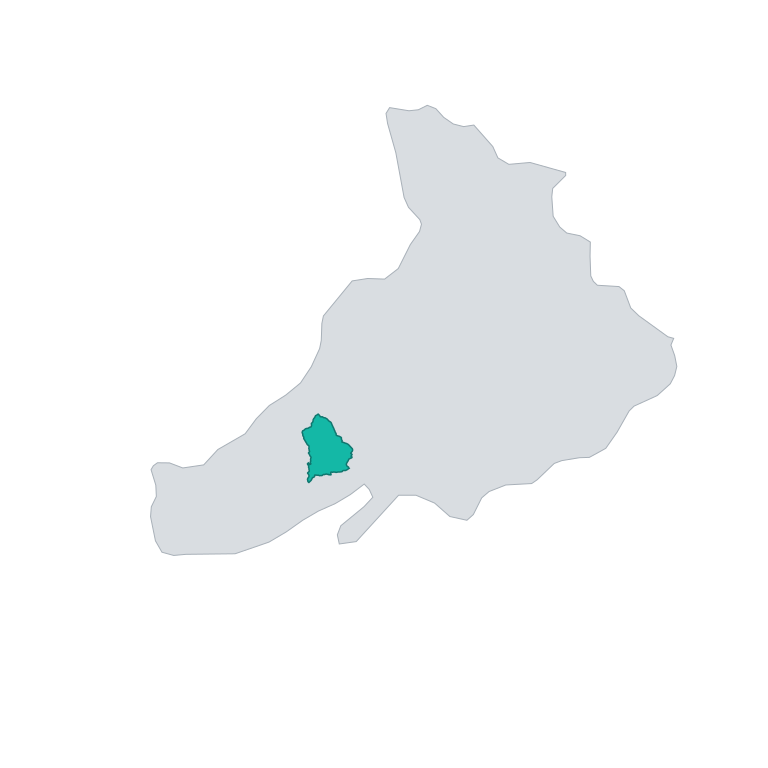 Bayaguana, Monte Plata, Dominican Republic (highlighted), rotated 137°
{"feature_id": "3306468B72895662483472", "entity_name": "Bayaguana", "entity_type": "district", "adm_level": 2, "iso_a3": "DOM", "parent_name": "Dominican Republic", "parent_adm1": "Monte Plata", "projection": "robinson", "projection_center": [-69.577, 18.816], "detail": "fine", "context": "in_parent", "style": "filled", "palette": "teal", "viewbox_px": 768, "rotation_deg": 137, "n_neighbors": 0, "source": "geoboundaries", "source_scale": "gbopen_adm2", "svg_char_len": 7073}
<svg xmlns="http://www.w3.org/2000/svg" viewBox="0 0 768 768"><g transform="rotate(137 384 384)"><path d="M141.7,512.1L142.5,483.4L146.5,471.7L142.9,459.5L126.1,446.4L115.9,429.6L106.9,414.8L108.9,412.6L127.2,412.0L133.6,406.5L145.9,391.3L148.4,379.0L147.4,369.8L139.5,358.7L136.3,347.1L146.2,336.9L159.1,322.0L160.9,316.3L160.6,310.7L145.7,295.0L144.7,288.3L151.7,271.3L151.1,260.1L144.2,225.0L141.0,219.8L147.6,216.8L152.1,206.4L157.9,197.1L165.7,192.0L174.5,188.9L192.0,189.2L216.2,197.3L223.1,197.1L246.4,189.8L265.7,185.7L283.9,190.3L291.2,196.7L306.2,206.7L313.7,209.8L337.4,209.5L343.9,210.5L363.8,227.1L380.5,233.7L390.2,234.1L407.7,227.6L416.3,227.8L426.2,242.1L428.2,262.4L436.5,280.9L449.2,292.7L511.8,287.7L525.8,297.5L521.0,305.5L512.2,309.8L482.4,307.9L469.4,308.8L466.7,316.9L466.7,324.3L484.1,326.1L501.2,329.8L518.6,335.8L536.4,339.8L556.3,342.5L575.9,346.8L608.7,361.4L645.0,394.5L654.7,402.0L661.1,412.4L658.1,425.2L645.2,446.2L637.9,452.9L627.2,457.0L619.9,465.6L612.8,480.2L608.5,481.5L603.4,480.9L594.7,472.6L588.4,459.8L571.0,447.8L550.2,449.4L519.5,442.3L501.0,445.7L482.5,446.5L463.5,442.9L444.4,441.7L425.4,446.2L406.9,453.8L400.1,458.7L388.2,470.6L381.9,475.1L337.0,481.1L324.0,472.3L312.0,460.3L294.8,458.7L269.7,468.0L254.0,471.3L247.6,475.3L245.7,479.8L245.6,496.5L242.1,506.7L217.6,545.1L203.7,572.1L198.0,580.5L191.4,582.3L179.4,566.8L171.8,561.1L162.3,558.3L158.3,550.0L158.5,538.3L156.0,526.9L150.2,517.9L141.7,512.1Z" fill="#d9dde1" stroke="#a8b0b8" stroke-width="1"/><path d="M489.3,358.3L488.9,358.2L488.7,358.1L487.9,357.7L487.6,357.5L487.4,357.3L487.2,356.8L487.1,356.6L486.9,356.4L486.5,356.1L486.4,355.9L486.3,355.4L486.2,355.1L486.0,354.9L485.5,354.7L485.4,354.5L485.2,354.3L485.0,353.9L484.9,353.8L484.6,353.8L484.4,354.0L484.2,354.3L484.0,354.7L483.9,354.9L483.7,355.2L483.5,355.5L483.3,355.6L483.1,355.7L482.9,355.7L482.6,355.5L482.4,355.3L482.1,354.9L481.9,354.6L481.7,354.4L481.0,354.1L480.9,354.0L480.7,353.9L480.4,353.4L480.0,353.1L479.8,352.9L479.7,352.7L479.5,352.2L479.3,352.0L479.0,351.8L477.8,351.1L477.5,350.9L476.9,350.3L476.6,350.0L476.4,349.9L476.0,349.6L475.4,349.1L475.1,348.9L474.5,348.6L474.3,348.5L474.1,348.5L473.8,348.7L473.6,348.7L473.4,348.7L473.2,348.6L472.4,348.2L472.1,347.9L471.4,347.2L471.1,347.0L470.9,346.9L470.7,346.8L469.9,346.7L469.7,346.6L469.3,346.4L469.0,346.4L468.7,346.3L467.6,346.3L467.4,346.2L467.0,346.1L467.0,346.6L466.7,347.2L466.7,347.5L466.7,347.8L466.9,348.3L467.0,348.5L467.0,349.0L467.0,349.5L466.9,349.8L466.5,350.7L466.4,350.8L466.2,351.1L465.2,351.6L464.4,351.8L463.8,352.1L463.5,352.1L462.9,352.2L462.6,352.3L461.3,352.9L461.1,353.0L460.8,353.0L460.2,352.8L460.0,352.7L459.3,352.6L459.1,352.5L458.9,352.5L458.5,352.2L458.2,352.1L457.8,352.1L457.6,352.1L457.3,352.3L457.2,352.5L457.3,352.6L457.4,353.0L457.5,353.2L457.5,353.4L457.4,353.5L457.2,353.7L456.7,353.9L456.4,354.0L455.7,354.1L455.4,354.3L455.4,354.5L455.4,354.8L455.4,355.0L455.6,355.4L455.7,355.6L455.7,355.8L455.6,356.0L455.3,356.1L454.8,356.1L454.5,356.2L454.0,356.4L453.8,356.4L453.0,356.5L452.7,356.6L452.4,356.8L452.1,357.0L451.7,357.5L451.5,357.8L451.4,358.0L451.3,358.4L451.3,358.8L451.3,363.4L451.3,363.8L451.4,364.2L451.4,364.4L451.6,364.9L451.8,365.6L451.9,365.9L452.0,366.1L452.4,366.7L452.6,366.9L452.7,367.3L453.0,367.8L453.2,368.4L453.5,368.8L453.7,369.3L454.2,370.0L454.3,370.3L454.2,370.4L454.1,370.5L453.5,370.9L453.4,371.0L453.2,371.2L453.2,371.4L453.0,372.1L452.9,372.4L452.6,372.9L452.5,373.1L452.4,373.1L452.1,373.4L451.9,373.6L451.8,373.8L451.8,374.0L451.8,374.4L451.8,374.6L452.1,375.2L452.2,375.9L452.3,376.1L452.5,376.4L452.9,377.1L453.1,377.3L453.2,377.6L453.5,378.1L453.8,378.9L453.8,379.1L453.7,379.3L453.6,379.5L453.0,380.2L452.9,380.4L452.8,380.6L452.7,381.0L452.6,381.7L452.5,382.0L452.3,382.6L452.1,383.0L451.8,383.6L451.7,384.3L451.6,384.5L451.4,385.0L451.2,385.4L450.9,386.0L450.8,386.8L450.7,387.0L450.5,387.5L450.3,388.3L450.0,388.9L449.8,389.8L449.1,391.4L449.1,391.7L449.0,392.1L449.0,392.6L449.1,393.0L449.2,393.4L449.4,393.8L449.4,394.1L449.5,394.3L449.5,394.9L449.5,396.8L449.5,397.5L449.6,397.8L449.8,398.3L450.0,399.1L450.1,399.3L450.2,399.5L450.9,400.3L451.1,400.6L451.2,401.0L451.3,401.7L451.4,401.9L451.4,402.0L451.6,402.2L452.0,402.5L452.4,402.9L452.7,403.3L452.9,403.5L452.9,403.8L452.7,404.3L452.6,404.9L452.6,406.0L452.7,406.9L453.1,407.0L453.3,407.0L454.3,407.1L454.6,407.2L454.8,407.2L455.3,407.4L455.6,407.5L455.8,407.5L456.4,407.2L457.0,407.0L457.5,406.8L457.7,406.7L458.1,406.7L459.0,406.6L459.3,406.5L460.3,406.1L460.5,405.9L461.1,405.3L462.1,404.8L462.3,404.7L462.6,404.7L463.7,404.7L463.9,404.7L464.1,404.6L464.3,404.4L464.9,403.5L465.0,403.3L465.7,402.8L466.3,402.5L466.5,402.5L466.8,402.5L467.5,402.8L467.9,403.1L468.1,403.2L468.4,403.2L469.4,403.3L469.7,403.4L470.0,403.6L470.5,404.0L471.5,404.6L471.9,404.7L472.2,404.8L473.8,404.8L474.3,404.8L474.7,404.9L475.4,405.2L475.7,405.1L476.5,404.7L477.0,404.3L477.1,404.1L477.2,403.9L477.3,403.5L477.4,403.1L477.5,402.8L477.7,402.6L478.1,402.3L478.2,402.1L478.6,401.4L478.7,401.1L478.8,400.2L478.9,399.9L479.1,399.6L479.4,399.3L479.6,399.2L479.9,398.7L480.0,398.4L480.1,398.0L480.2,397.1L480.5,396.3L480.6,395.2L480.7,394.9L480.9,394.5L480.9,394.2L481.0,393.5L481.1,393.2L481.3,392.5L481.4,392.3L481.4,391.9L481.4,391.4L481.3,391.1L481.1,390.7L481.1,390.2L481.3,389.7L481.7,389.2L482.4,388.5L483.0,388.1L483.2,387.8L483.3,387.3L483.4,387.1L483.6,386.9L484.0,386.5L484.1,386.4L484.2,385.8L484.4,385.5L484.6,385.3L484.9,385.3L485.1,385.2L485.8,385.2L486.0,385.2L486.3,385.0L486.3,384.9L486.4,384.6L486.4,384.0L486.5,383.8L486.7,383.2L486.9,382.4L487.1,381.8L487.2,381.6L487.2,381.2L487.3,380.4L487.3,380.2L487.6,379.9L488.0,379.7L488.3,379.6L489.0,379.0L489.3,378.8L489.5,378.6L490.0,377.7L490.4,377.4L491.0,377.3L491.2,377.2L491.3,377.1L491.6,376.5L491.7,376.3L491.8,375.9L491.8,375.7L492.0,375.5L492.2,375.4L492.4,375.4L492.6,375.5L492.9,375.7L493.1,376.0L493.2,376.6L493.1,377.9L493.7,377.9L494.0,377.9L494.4,377.8L494.4,377.7L494.5,377.5L494.8,377.1L494.8,376.8L494.8,376.5L494.6,376.0L494.6,375.8L494.7,375.6L494.8,375.5L495.6,374.9L495.8,374.8L496.2,374.1L496.4,373.5L496.6,373.2L497.0,372.9L497.5,372.1L497.7,371.6L497.9,371.4L498.1,371.2L498.5,371.1L498.9,371.1L500.1,371.1L500.4,371.1L500.6,371.0L500.7,370.8L500.8,370.6L500.8,370.4L500.8,369.5L500.9,369.2L501.3,368.2L501.5,367.9L501.7,367.7L502.6,367.3L502.9,367.2L503.7,367.1L504.0,367.0L504.8,366.6L505.0,366.4L505.2,366.2L505.4,365.7L505.9,365.0L506.1,364.7L506.2,364.1L506.2,363.6L506.1,363.2L505.7,363.2L505.3,363.2L503.5,363.2L502.8,363.3L502.6,363.3L502.0,363.6L501.3,363.8L500.7,364.1L500.3,364.2L500.0,364.2L499.7,364.1L499.3,363.8L499.0,363.7L498.6,363.7L498.1,363.7L497.8,363.8L497.6,363.9L497.4,364.1L497.1,364.4L497.1,364.5L496.9,364.6L496.7,364.5L496.4,364.3L495.0,362.8L494.6,362.4L494.3,362.2L494.2,362.0L494.1,361.9L493.9,361.3L493.8,361.1L493.7,360.9L493.2,360.6L492.0,359.5L491.7,359.3L491.2,359.2L490.4,359.2L490.2,359.2L489.8,359.0L489.7,358.9L489.6,358.7L489.3,358.3Z" fill="#14b8a6" stroke="#0f766e" stroke-width="1.5"/></g></svg>